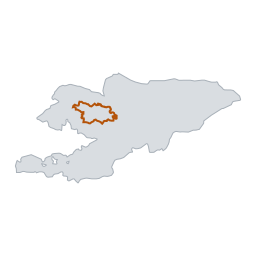 Toktogul, Jalal-Abad, Kyrgyzstan shown in context
{"feature_id": "92254566B9187696742897", "entity_name": "Toktogul", "entity_type": "district", "adm_level": 2, "iso_a3": "KGZ", "parent_name": "Kyrgyzstan", "parent_adm1": "Jalal-Abad", "projection": "albers", "projection_center": [73.19, 41.788], "detail": "fine", "context": "in_parent", "style": "outline", "palette": "amber", "viewbox_px": 256, "rotation_deg": 0, "n_neighbors": 0, "source": "geoboundaries", "source_scale": "gbopen_adm2", "svg_char_len": 5093}
<svg xmlns="http://www.w3.org/2000/svg" viewBox="0 0 256 256"><path d="M51.9,154.3L52.6,153.9L54.7,153.5L59.1,153.2L60.6,153.5L63.5,155.4L65.8,155.2L66.2,155.5L67.1,157.0L70.3,154.8L72.6,154.2L73.8,152.0L76.3,149.4L78.4,149.0L78.4,149.4L78.8,149.8L81.0,150.4L81.6,149.7L82.0,148.8L81.3,147.2L81.3,146.6L81.9,145.6L85.4,147.1L86.1,147.1L87.7,146.3L89.1,144.8L89.6,143.7L96.6,140.0L97.1,139.4L97.0,138.9L94.1,138.0L92.8,138.5L91.6,138.5L90.8,138.0L87.3,137.7L86.5,137.3L84.2,134.7L81.3,133.0L79.9,133.0L78.2,133.7L77.7,133.4L77.6,130.9L77.2,129.4L76.2,129.0L74.9,129.6L71.4,128.7L71.0,125.5L69.7,122.7L67.9,121.6L67.8,119.9L67.2,119.2L66.6,119.4L65.9,120.2L66.2,122.1L65.9,123.9L65.5,124.8L64.6,125.5L63.7,125.5L62.1,124.5L61.7,130.1L61.4,130.5L59.5,129.6L57.9,130.0L55.6,129.6L53.9,128.6L50.6,127.5L49.0,126.4L48.1,122.6L47.2,121.2L46.4,120.9L42.8,122.1L39.1,119.7L37.3,119.2L36.9,118.5L37.0,117.6L42.7,113.6L45.0,110.8L46.4,109.6L49.9,108.4L50.8,105.8L51.1,105.5L54.7,104.3L58.7,102.1L58.8,101.5L58.4,100.9L54.9,98.7L53.1,99.7L52.0,98.4L52.0,97.1L53.3,95.0L54.3,94.0L54.8,91.9L56.2,90.5L57.8,88.4L59.6,86.6L62.9,85.3L64.8,85.8L66.5,85.5L69.2,84.5L70.8,84.4L77.7,86.2L80.0,86.3L85.3,88.5L89.5,89.6L91.5,91.7L98.3,92.7L100.1,93.3L100.8,94.3L102.7,95.6L104.3,95.9L102.9,90.9L103.4,87.9L105.5,79.7L106.6,78.5L112.1,76.1L113.3,74.4L117.2,74.4L118.0,74.1L118.4,73.1L130.6,80.1L135.3,82.0L141.7,83.7L147.1,84.1L148.0,83.7L150.0,80.8L151.0,80.7L164.4,80.7L173.9,78.8L175.2,78.9L178.9,80.3L190.1,80.2L194.6,81.0L201.6,80.2L204.6,80.2L210.0,81.8L211.9,82.2L215.4,82.2L216.7,81.8L217.5,82.2L218.5,84.7L222.0,87.7L223.3,89.3L224.6,89.9L230.9,90.0L233.3,90.5L239.6,96.1L240.6,99.5L240.1,100.3L234.0,101.3L232.6,101.9L231.3,104.7L223.2,108.5L222.0,108.5L211.2,115.3L203.8,120.9L203.6,123.4L199.4,129.3L196.0,130.1L193.1,130.2L188.4,132.1L182.3,131.8L180.2,132.0L176.1,131.4L174.5,131.9L172.9,133.1L170.7,137.7L169.8,138.8L169.4,139.8L169.1,142.0L168.3,144.3L166.4,147.9L164.7,149.6L163.1,150.7L161.8,148.6L159.7,150.1L157.8,149.9L156.6,150.4L153.9,152.3L149.9,152.4L149.4,151.7L148.5,146.7L147.7,144.3L147.1,143.7L146.4,143.7L140.7,147.9L138.0,148.6L135.8,148.8L132.9,147.7L132.3,148.0L131.8,148.6L131.6,149.5L132.5,151.7L132.3,152.2L131.0,152.2L129.2,152.7L123.7,157.5L120.2,158.8L116.9,159.3L114.9,160.2L113.9,161.9L111.7,166.8L111.8,167.8L112.7,169.1L113.4,172.1L113.3,172.8L111.5,175.3L109.3,176.0L107.5,176.4L104.1,176.1L102.4,176.6L99.2,178.4L96.5,178.8L91.6,178.8L86.7,178.1L85.0,178.3L80.7,179.4L79.2,181.1L78.4,182.6L78.0,182.9L76.2,181.4L74.1,178.9L73.0,178.9L69.1,180.9L68.5,180.8L67.4,180.0L67.6,176.9L66.3,176.2L63.7,176.0L62.8,175.3L63.1,173.2L62.8,172.4L62.2,171.8L60.8,172.0L58.0,173.6L54.7,174.1L53.6,174.7L52.3,176.8L47.9,177.2L46.5,176.6L44.0,172.5L41.8,171.8L39.5,171.8L36.4,172.8L35.7,171.9L34.9,171.6L34.1,172.3L30.3,172.3L26.5,172.1L24.3,171.5L22.9,171.4L20.0,172.5L16.5,172.5L16.3,168.7L15.4,166.0L16.6,161.8L17.2,160.5L19.8,162.2L20.7,161.9L21.0,161.1L20.7,159.2L22.0,157.2L31.2,154.7L41.2,159.2L42.4,161.9L43.3,161.8L44.7,160.7L45.2,158.4L47.2,157.1L51.6,155.7L51.9,154.3ZM56.8,163.9L57.0,163.5L56.3,161.5L57.4,159.6L55.3,159.3L54.3,158.7L53.2,156.8L52.8,156.7L52.2,157.2L51.8,158.4L52.1,159.8L53.5,161.1L52.7,163.7L55.8,164.1L56.8,163.9ZM46.2,165.4L46.2,164.9L45.5,164.6L41.7,163.7L41.8,164.3L43.2,166.3L44.3,166.4L46.2,165.4ZM68.8,162.5L69.0,161.3L66.8,162.0L66.5,162.6L67.2,163.4L68.2,163.7L68.8,162.5Z" fill="#d9dde1" stroke="#a8b0b8" stroke-width="1"/><path d="M97.0,103.5L97.4,103.9L98.5,104.9L96.3,105.2L94.7,103.7L91.5,106.4L90.0,106.1L88.1,104.2L87.5,104.3L85.5,103.3L83.2,103.1L81.7,101.8L80.3,101.9L79.5,101.7L79.0,103.0L78.9,104.7L78.5,105.5L77.7,105.6L76.3,105.4L74.8,104.7L73.4,105.8L73.0,107.2L73.8,107.0L74.8,107.2L75.7,107.9L75.8,109.6L77.4,109.6L80.2,111.1L81.4,112.3L83.4,112.1L83.4,113.8L82.5,114.0L81.8,114.9L82.4,115.4L82.3,116.4L81.7,116.8L81.4,117.7L82.0,118.3L83.7,118.3L83.9,119.3L83.4,122.2L86.0,122.2L88.0,122.7L89.1,123.3L90.2,123.3L91.5,122.2L92.8,121.6L93.0,121.5L93.5,121.3L94.2,120.0L95.7,119.6L96.2,120.2L97.2,120.8L99.0,121.3L101.0,122.3L101.5,123.2L102.2,123.7L103.3,122.3L103.7,121.3L104.6,120.9L106.8,121.0L107.3,119.9L108.2,119.4L109.5,120.3L111.6,120.7L113.4,120.6L113.7,118.7L112.7,117.0L112.7,116.3L113.6,116.1L115.6,117.0L115.6,117.8L115.2,118.2L116.0,118.8L116.6,118.5L116.6,115.6L114.5,114.5L114.0,113.0L113.0,112.4L111.6,112.4L111.1,113.0L110.4,112.9L109.7,111.9L109.7,111.1L110.9,109.7L110.7,108.5L110.4,108.4L110.3,108.1L110.2,107.8L110.0,107.6L110.0,107.2L109.8,107.0L109.7,106.9L109.4,106.8L109.1,106.8L108.5,106.8L108.2,106.8L107.8,106.8L107.5,106.9L107.1,107.1L106.6,107.3L106.3,107.2L105.9,107.0L105.4,107.2L105.2,107.2L104.9,107.1L104.6,106.8L104.5,106.7L104.2,106.7L104.0,106.8L103.8,106.7L103.5,106.5L103.3,106.5L103.1,106.5L102.8,106.5L102.6,106.4L102.3,106.2L102.2,106.1L101.9,106.2L101.6,106.2L101.3,106.0L101.2,105.9L101.1,105.5L101.0,105.2L100.9,104.6L100.7,104.5L100.6,104.4L100.3,104.2L99.8,104.1L99.3,104.0L98.4,103.7L98.0,103.6L97.5,103.7L97.2,103.7L97.0,103.5Z" fill="none" stroke="#b45309" stroke-width="2"/></svg>